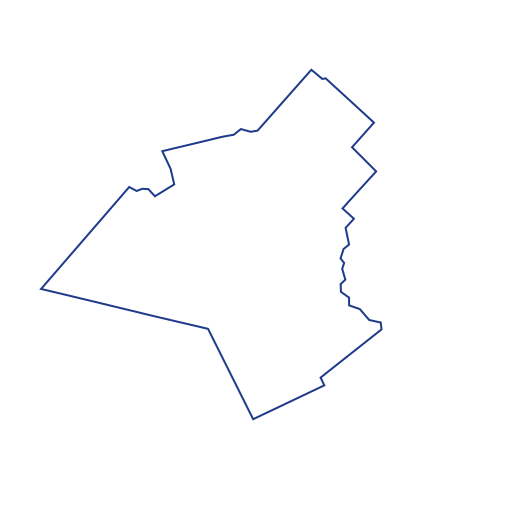 the district of Oneida, New York, United States of America, rotated 226°
{"feature_id": "52423323B85442507940743", "entity_name": "Oneida", "entity_type": "district", "adm_level": 2, "iso_a3": "USA", "parent_name": "United States of America", "parent_adm1": "New York", "projection": "orthographic", "projection_center": [-75.461, 43.239], "detail": "fine", "context": "isolated", "style": "outline", "palette": "blue", "viewbox_px": 512, "rotation_deg": 226, "n_neighbors": 0, "source": "geoboundaries", "source_scale": "gbopen_adm2", "svg_char_len": 765}
<svg xmlns="http://www.w3.org/2000/svg" viewBox="0 0 512 512"><g transform="rotate(226 256 256)"><path d="M160.6,146.9L140.6,140.6L115.5,215.3L123.7,218.0L116.0,295.3L121.5,299.5L131.3,293.0L145.7,293.8L155.8,288.7L161.4,294.0L171.2,292.2L177.0,297.4L176.9,303.8L186.9,309.1L189.8,314.6L195.5,315.1L200.2,323.9L199.6,330.9L214.0,340.0L214.8,352.3L230.1,351.3L230.7,359.4L233.4,401.2L263.3,400.7L267.5,400.6L270.0,433.5L335.4,429.5L337.3,426.7L347.8,425.6L351.5,425.2L349.3,397.0L346.2,358.2L345.1,344.2L349.0,338.5L357.8,333.3L358.7,324.2L365.1,314.7L396.5,261.4L378.0,255.1L364.3,246.9L369.2,224.8L378.9,225.0L383.4,220.8L385.7,215.3L393.7,212.7L381.6,78.5L342.3,103.6L285.2,139.8L236.9,170.9L160.6,146.9Z" fill="none" stroke="#1e3a8a" stroke-width="2"/></g></svg>